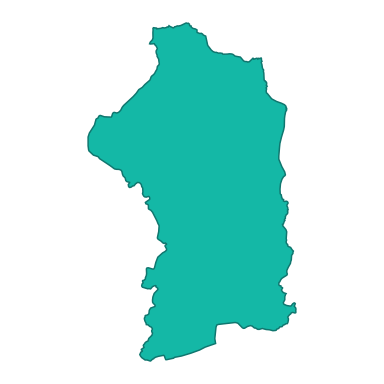 the district of Ko Kha, Lampang, Thailand
{"feature_id": "78962969B17989923372642", "entity_name": "Ko Kha", "entity_type": "district", "adm_level": 2, "iso_a3": "THA", "parent_name": "Thailand", "parent_adm1": "Lampang", "projection": "robinson", "projection_center": [99.355, 18.138], "detail": "fine", "context": "isolated", "style": "filled", "palette": "teal", "viewbox_px": 384, "rotation_deg": 0, "n_neighbors": 0, "source": "geoboundaries", "source_scale": "gbopen_adm2", "svg_char_len": 5986}
<svg xmlns="http://www.w3.org/2000/svg" viewBox="0 0 384 384"><path d="M88.1,137.0L88.1,145.9L88.6,149.9L89.1,151.1L93.4,155.1L98.0,156.6L98.6,157.2L99.5,158.6L110.2,165.7L114.5,168.9L116.4,169.3L118.9,169.4L120.3,169.8L121.1,170.3L121.9,171.5L122.5,174.3L123.2,176.0L125.1,177.8L125.8,180.6L126.8,181.6L129.6,182.4L129.6,182.8L128.3,184.5L128.5,186.2L129.1,187.2L129.8,187.5L131.4,187.0L132.4,186.1L134.1,185.7L135.5,183.9L137.4,182.5L139.2,182.6L140.3,183.3L141.3,184.6L141.7,186.5L142.7,188.1L142.9,192.0L142.5,193.7L143.2,195.2L144.0,196.4L144.8,196.9L146.3,197.1L148.5,196.4L149.2,196.7L149.6,197.5L149.8,199.0L149.5,199.5L145.4,202.4L145.8,203.7L147.8,204.5L148.2,205.0L148.4,205.7L148.4,208.3L148.5,208.8L149.0,209.3L150.8,210.2L152.5,212.2L156.9,220.8L158.0,223.6L159.0,225.4L159.1,225.9L158.7,231.6L157.4,237.6L157.5,238.4L158.2,239.3L161.0,241.1L163.0,243.0L164.0,243.4L165.4,243.0L166.5,243.9L166.5,244.4L165.4,245.1L165.0,246.0L166.6,249.0L166.4,250.3L164.9,251.6L162.6,252.9L157.8,257.2L155.8,262.5L154.6,267.4L154.0,268.7L153.3,269.1L152.5,269.0L148.5,267.8L147.3,267.9L146.7,268.2L146.4,269.0L146.6,273.7L146.3,275.6L145.4,277.7L145.4,278.9L144.1,280.2L142.8,280.5L142.5,281.0L143.1,282.9L142.2,283.8L141.7,285.5L141.9,286.5L142.5,287.2L147.8,288.8L148.8,288.6L150.6,288.9L152.5,286.7L154.3,285.8L155.6,285.6L155.9,285.8L155.9,286.8L157.7,288.2L157.9,289.5L154.2,293.4L152.9,297.0L152.5,300.1L152.6,302.1L153.1,303.1L154.9,305.0L155.1,305.7L154.9,306.5L150.6,308.1L149.3,310.3L148.9,313.6L148.4,314.3L147.1,315.1L145.6,315.4L145.2,315.7L145.0,317.1L144.4,318.1L144.4,319.0L144.9,320.9L146.1,323.3L146.3,324.6L147.8,324.8L148.3,325.1L149.7,326.4L151.0,326.9L152.3,328.5L152.3,329.5L151.7,330.5L151.7,331.0L151.9,332.1L152.4,332.6L152.5,333.2L151.9,335.3L148.8,338.4L147.9,341.1L146.5,341.6L145.2,342.6L144.4,344.0L143.6,344.8L143.3,345.6L144.0,347.5L141.4,349.3L141.3,349.8L142.2,350.6L142.3,351.2L140.8,352.2L139.8,354.6L140.5,356.0L141.7,357.6L145.1,360.0L147.1,360.0L150.2,361.0L150.7,360.9L152.6,359.1L153.6,358.8L154.2,358.0L155.6,357.2L158.5,356.3L163.7,355.3L164.3,355.9L165.7,359.6L166.6,359.7L173.5,358.2L174.7,357.3L181.5,356.0L190.8,353.2L199.6,350.0L205.2,347.1L215.6,343.5L214.8,338.6L216.0,327.2L216.8,325.0L218.4,324.4L235.2,322.5L237.4,323.0L238.1,323.4L242.4,327.8L243.4,328.3L244.6,328.2L247.6,326.4L250.4,325.6L252.2,326.1L254.4,328.0L255.5,328.0L257.6,329.3L259.2,329.4L262.3,328.5L266.1,329.5L269.6,329.8L272.9,330.7L275.3,330.5L276.2,330.2L276.9,329.1L278.7,328.5L279.7,327.0L282.1,326.6L283.3,325.0L284.6,324.7L285.7,323.8L287.3,323.6L287.9,322.4L288.4,320.0L288.4,318.7L287.8,317.2L287.9,316.7L289.6,314.7L290.6,314.0L291.4,312.8L292.7,312.4L295.0,313.0L295.7,312.7L295.9,312.1L295.7,310.8L295.9,309.9L295.8,308.1L294.3,306.2L295.3,303.7L294.7,303.0L294.1,302.9L292.7,303.8L291.3,305.7L290.2,306.1L286.7,305.5L284.0,304.3L283.6,303.7L283.3,302.6L284.8,299.8L284.8,296.7L285.5,294.5L286.1,293.6L283.3,292.6L281.7,290.6L281.5,289.8L282.5,288.3L282.5,287.7L281.1,287.0L280.9,285.9L279.5,285.6L278.9,284.9L278.8,284.0L279.0,282.4L279.7,281.9L280.9,279.5L281.6,278.7L282.2,278.1L286.9,275.1L287.3,274.0L286.8,272.4L286.8,270.5L288.2,267.4L290.4,263.5L290.7,261.7L291.3,259.9L291.6,255.4L292.9,253.5L293.0,252.0L293.4,251.1L292.2,249.9L290.6,247.4L289.0,246.8L287.8,246.0L287.6,244.4L286.7,243.7L286.3,242.8L286.1,241.7L286.6,240.1L286.2,238.8L286.7,231.8L285.9,229.6L282.8,225.8L282.9,224.7L282.6,224.3L283.4,223.9L284.4,220.9L284.9,220.6L284.5,219.5L285.4,218.3L285.3,216.5L285.7,216.1L286.2,214.8L287.5,213.7L287.8,212.1L287.5,211.5L287.7,211.2L287.6,210.8L287.8,210.6L287.5,209.9L288.1,209.4L287.7,208.4L287.7,207.5L286.9,205.9L287.1,204.6L288.0,203.4L288.0,202.6L287.6,201.9L286.8,201.3L286.0,201.2L284.5,201.5L283.4,200.9L283.6,199.5L282.3,199.1L282.0,197.8L281.5,197.2L281.6,196.3L281.3,195.6L281.3,194.9L280.5,194.2L280.2,193.5L280.0,189.1L280.5,183.7L281.9,179.4L283.2,177.2L284.0,176.3L284.7,175.9L285.4,174.9L284.7,171.9L281.8,166.6L278.8,159.2L278.8,156.1L279.5,147.5L279.9,143.5L281.5,137.0L283.6,130.0L284.3,126.5L284.5,118.4L284.8,115.9L285.7,111.4L286.5,110.6L286.1,109.6L286.4,109.3L287.2,109.5L286.7,109.1L286.6,108.2L286.3,108.0L286.2,107.5L285.9,107.6L285.9,106.2L284.5,104.7L281.4,103.2L276.6,101.5L272.1,99.1L271.3,98.4L267.4,93.6L266.5,92.9L266.1,90.9L266.6,88.9L266.1,87.9L267.2,86.2L266.3,85.3L266.7,84.0L266.6,82.7L266.3,82.0L265.7,81.9L265.4,81.0L264.4,80.6L264.1,79.5L263.8,73.1L263.4,71.3L263.6,70.2L263.5,69.7L263.0,69.3L262.4,67.8L261.9,64.5L261.3,62.7L261.3,62.0L262.0,61.4L261.4,59.9L261.5,58.9L261.1,58.0L259.2,58.6L258.7,58.3L257.8,59.1L257.2,58.3L256.4,58.3L254.1,59.2L253.8,59.2L253.8,58.7L253.0,58.2L249.3,61.7L247.7,62.1L246.9,61.6L244.9,61.5L243.6,60.9L240.4,57.1L235.1,56.1L233.1,54.5L231.9,54.0L229.6,53.8L227.1,54.1L222.9,54.2L222.3,53.4L220.0,53.0L218.7,53.2L216.2,52.3L215.1,52.4L213.1,51.6L211.3,50.1L207.7,45.4L205.7,36.1L203.4,35.1L202.5,34.0L201.3,33.3L199.8,33.5L197.2,32.5L197.0,32.2L197.0,29.9L195.5,29.0L192.7,28.3L191.1,26.9L191.2,26.1L189.6,25.6L189.5,24.2L188.3,23.2L187.3,23.4L186.4,23.0L185.8,23.1L180.8,25.5L178.5,26.0L177.2,25.9L176.0,26.5L174.6,26.8L173.9,27.6L173.2,27.9L169.5,26.2L169.0,25.7L168.1,27.1L167.2,26.9L166.2,27.6L164.1,28.0L162.8,27.6L160.9,28.3L157.1,28.8L156.7,28.8L156.6,28.1L153.4,27.7L152.9,28.7L153.1,29.7L152.9,32.5L153.0,38.1L152.3,39.9L150.2,42.2L149.6,43.8L150.3,44.0L154.3,43.7L155.2,45.2L155.9,45.7L157.3,48.3L157.3,48.7L156.1,51.0L156.2,52.8L156.6,54.0L157.1,54.8L157.1,56.4L158.6,59.0L159.3,64.0L159.0,64.7L157.4,66.4L156.9,69.3L155.6,71.4L154.8,73.1L153.7,74.5L151.8,76.0L151.1,76.9L150.1,79.8L149.6,80.4L144.9,84.5L142.3,87.4L138.8,89.6L136.3,93.2L133.2,96.6L123.6,105.5L122.2,107.3L120.7,110.3L118.9,112.1L118.0,112.6L116.7,113.0L114.4,112.4L113.4,112.6L112.6,113.6L111.6,116.7L111.1,117.1L104.4,116.8L100.6,115.5L99.9,115.5L98.9,116.1L97.9,118.1L96.5,118.8L96.0,119.3L94.5,125.0L89.4,133.0L88.1,137.0Z" fill="#14b8a6" stroke="#0f766e" stroke-width="1.5"/></svg>